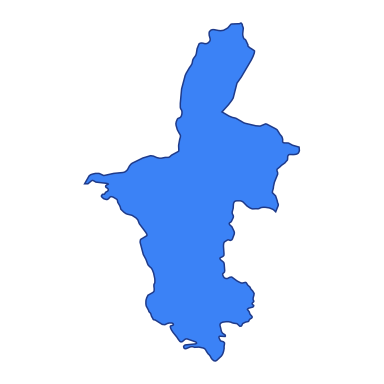 the Autonomous Region of Ningxia
{"feature_id": "CHN-1803", "entity_name": "Ningxia", "entity_type": "Autonomous Region", "adm_level": 1, "iso_a3": "CHN", "parent_name": "China", "parent_adm1": "", "projection": "orthographic", "projection_center": [106.175, 37.314], "detail": "fine", "context": "isolated", "style": "filled", "palette": "blue", "viewbox_px": 384, "rotation_deg": 0, "n_neighbors": 0, "source": "natural_earth", "source_scale": "10m", "svg_char_len": 6049}
<svg xmlns="http://www.w3.org/2000/svg" viewBox="0 0 384 384"><path d="M241.0,23.0L242.0,24.0L242.3,24.7L242.5,26.1L242.9,26.8L243.3,28.2L242.7,33.8L242.8,35.4L243.3,37.3L244.0,38.8L245.1,39.4L245.8,40.2L248.0,45.0L247.8,45.3L247.9,45.9L248.1,46.3L250.0,47.9L251.4,48.7L254.2,50.6L254.5,50.9L254.5,51.5L254.4,52.3L254.2,53.3L253.0,56.5L251.3,60.0L241.3,77.0L237.2,82.8L236.9,83.4L233.2,98.0L231.9,100.2L228.5,104.7L222.0,111.9L228.9,116.0L232.3,117.4L235.4,118.1L236.2,118.4L243.8,122.8L245.2,123.3L255.9,125.8L260.2,126.1L265.5,123.9L266.7,124.1L276.0,129.0L277.2,129.9L280.0,134.4L281.8,136.5L282.4,138.1L282.7,139.5L282.6,141.7L283.1,142.5L284.1,142.9L288.3,143.0L288.8,143.2L292.5,145.2L299.1,147.1L299.4,150.6L299.0,151.8L298.3,153.1L297.1,153.9L295.9,154.3L293.7,154.6L289.6,154.5L288.7,154.8L288.1,155.5L287.7,156.4L287.6,159.1L287.4,160.0L286.8,160.7L285.8,161.8L284.9,162.9L281.4,165.4L280.1,166.7L277.3,169.0L276.9,169.9L277.1,171.2L277.6,172.4L277.7,174.1L274.4,182.3L273.5,186.4L273.3,188.4L272.5,191.1L272.4,192.3L272.4,192.7L275.6,195.9L277.2,200.7L277.6,202.7L278.2,204.0L278.3,204.6L278.2,205.6L275.7,211.8L273.8,210.0L273.0,209.4L269.3,207.9L265.2,207.3L263.0,207.3L261.0,207.6L258.7,208.7L257.4,208.8L256.2,208.7L252.6,208.9L251.7,208.7L249.7,207.8L247.0,206.0L243.3,202.2L242.6,201.7L241.9,201.3L240.4,200.8L236.7,200.8L235.3,201.1L234.5,201.6L233.7,202.9L233.4,204.4L233.2,208.1L232.2,212.0L232.2,213.1L232.3,213.7L233.3,215.7L233.4,216.7L233.3,217.3L233.1,217.9L231.4,221.4L230.8,222.1L229.7,222.7L229.2,223.4L229.3,224.1L229.8,224.9L231.3,226.2L231.9,226.8L234.1,231.4L234.4,232.8L234.2,234.2L232.4,239.0L231.8,239.8L230.6,240.4L230.1,240.4L228.4,239.8L227.6,239.9L224.5,241.9L224.1,242.4L223.7,243.5L223.5,245.1L223.5,246.7L224.0,253.9L223.9,255.3L223.4,256.0L222.1,256.9L220.5,257.6L220.1,257.9L219.9,258.2L219.9,258.7L220.7,259.9L222.4,261.2L223.6,262.3L223.8,262.6L224.2,264.0L224.7,270.7L224.4,272.1L222.7,273.8L222.7,274.4L222.8,275.2L223.5,276.7L224.3,277.8L225.5,278.4L227.0,278.6L227.9,278.3L229.7,277.3L231.4,277.0L232.0,277.2L232.7,277.7L236.3,280.4L237.7,281.3L240.7,282.8L242.1,283.1L245.3,282.4L245.7,282.4L246.3,282.8L247.9,285.3L249.8,286.9L250.2,287.6L250.9,289.1L252.6,290.9L254.1,293.4L253.9,295.2L253.2,297.7L253.1,298.8L253.1,299.6L253.7,300.8L253.8,301.2L253.7,301.7L252.4,302.9L252.1,303.6L252.2,304.1L252.5,304.5L253.7,305.4L253.7,305.9L253.5,306.4L252.8,307.1L248.9,308.1L247.8,308.8L247.4,309.4L247.8,310.0L249.1,311.6L250.0,314.1L251.9,316.3L252.2,317.0L252.0,317.6L251.6,318.1L249.8,319.2L249.2,320.0L248.6,321.3L248.3,321.5L245.6,322.1L243.1,323.3L242.5,323.8L241.9,325.2L241.4,326.0L239.9,326.3L239.1,325.6L237.3,323.9L236.7,323.6L233.8,323.2L232.2,322.8L231.0,322.2L228.5,321.7L226.1,321.7L222.6,322.2L221.1,322.9L220.3,323.7L220.0,324.5L220.0,325.5L220.6,327.8L221.3,331.0L221.6,331.8L222.3,332.9L222.8,333.4L225.0,334.8L225.2,335.1L225.4,335.9L225.3,336.3L225.1,336.5L220.0,336.2L219.3,336.4L218.9,337.1L219.0,337.6L219.4,338.8L220.4,340.6L220.9,341.0L223.3,341.7L224.0,342.3L224.5,342.9L224.5,343.9L224.1,346.3L224.1,348.6L223.6,351.2L222.8,353.7L221.9,355.3L221.2,356.2L216.6,360.5L215.4,361.0L214.0,360.8L212.3,359.5L211.3,358.2L210.2,356.1L209.4,355.0L208.2,353.9L206.8,351.9L205.4,349.5L204.5,348.6L203.2,348.0L198.8,347.1L194.6,347.3L192.6,346.7L191.4,346.7L190.3,346.9L186.8,348.4L185.9,348.7L185.1,348.7L184.5,348.5L183.9,347.9L183.6,346.6L184.0,345.8L184.7,345.2L185.5,344.9L195.4,343.9L196.1,343.6L196.6,343.2L196.4,342.6L195.7,341.9L187.1,338.9L186.0,338.9L184.9,339.4L182.6,341.4L181.9,341.8L180.9,341.9L179.9,341.4L178.2,339.2L177.0,337.3L173.0,332.3L171.5,330.0L170.9,328.8L170.5,327.7L170.3,326.6L170.5,326.0L172.7,325.3L173.4,324.7L173.1,323.6L171.9,323.0L169.2,323.0L167.3,323.5L164.9,324.7L162.2,324.4L155.2,320.0L153.9,319.8L153.2,319.4L152.5,317.9L151.6,316.5L150.7,313.6L150.3,313.0L149.0,311.7L148.5,310.2L146.2,305.9L145.9,303.9L145.9,301.9L146.0,300.2L146.7,297.8L148.0,295.2L152.8,292.5L153.7,291.7L154.1,290.9L154.2,288.8L153.9,286.2L153.9,285.0L154.0,284.2L154.5,283.5L154.8,282.7L154.9,281.1L154.8,278.8L153.6,273.1L152.3,269.7L151.3,268.1L149.5,266.5L148.1,265.0L147.6,263.9L145.9,259.3L143.3,254.5L140.2,242.7L140.1,241.9L140.4,239.9L140.8,239.3L146.9,235.6L146.9,234.3L145.8,232.4L139.3,223.7L137.8,219.8L135.9,217.8L132.0,215.3L127.1,214.1L125.7,213.5L123.8,212.1L121.0,209.4L120.8,209.1L120.2,206.8L119.5,205.3L117.8,202.4L117.3,200.0L116.8,199.3L113.3,197.2L112.2,196.8L110.9,196.6L110.0,197.1L108.6,198.6L108.0,199.1L107.2,199.5L106.3,199.5L103.9,198.8L102.5,197.7L101.5,196.6L101.4,196.0L101.5,195.6L101.9,195.3L102.2,194.5L102.9,194.2L104.3,194.2L104.9,193.6L105.4,192.5L106.0,192.0L107.2,191.4L108.1,190.6L108.2,190.2L108.3,189.3L107.4,188.2L106.0,187.4L105.6,186.4L105.9,185.5L107.0,184.8L108.2,184.2L108.0,183.7L106.2,183.3L95.9,182.1L93.3,180.6L92.4,180.4L91.6,180.7L87.9,183.8L84.6,183.8L89.1,175.9L90.5,174.8L92.4,174.1L95.5,173.4L98.9,173.4L99.8,173.7L103.6,175.5L104.6,175.4L113.7,173.4L122.9,172.5L124.6,172.1L126.7,170.6L127.7,169.3L129.4,166.1L130.9,164.2L132.2,163.2L142.8,158.0L149.8,155.9L150.7,155.7L153.4,156.1L156.9,157.6L159.5,158.2L161.4,158.2L165.3,157.4L168.4,157.4L169.5,157.0L171.6,155.1L177.9,151.7L178.7,151.1L178.8,150.1L178.6,145.8L178.7,144.8L179.7,139.3L180.3,137.4L180.5,135.8L180.1,134.6L179.2,133.2L177.3,129.6L176.1,125.5L175.9,123.6L176.3,121.6L177.2,119.5L177.6,118.8L178.1,118.4L180.0,117.6L180.6,117.1L181.3,116.0L181.9,114.0L182.0,112.0L181.8,110.8L181.5,110.0L180.6,108.6L180.3,107.3L180.3,103.3L181.6,88.9L185.2,75.4L186.2,73.2L189.5,67.6L190.9,65.7L191.8,64.1L192.1,63.5L192.7,60.3L193.0,59.4L193.7,58.2L195.7,55.5L196.3,53.7L197.1,48.7L198.9,44.2L199.1,43.8L200.2,43.2L201.6,43.0L203.0,43.2L205.0,43.7L206.4,43.6L207.2,43.4L208.3,42.7L209.6,41.4L210.1,40.4L210.2,39.0L209.2,35.3L209.1,33.3L209.2,32.3L209.4,31.7L209.7,31.3L211.1,30.0L212.7,29.6L213.9,29.6L218.5,30.5L220.6,30.7L223.5,30.3L226.5,28.7L227.9,27.8L230.9,24.3L231.8,24.0L239.4,23.7L241.0,23.0Z" fill="#3b82f6" stroke="#1e3a8a" stroke-width="1.5"/></svg>